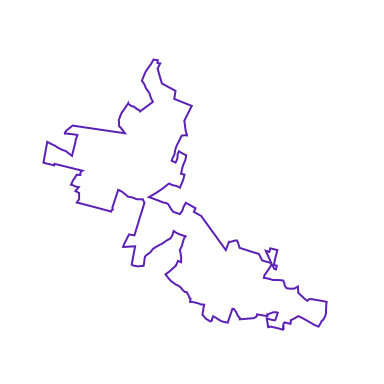 Sudzal, Yucatán, Mexico (orthographic projection), rotated 189°
{"feature_id": "50627088B33781638054164", "entity_name": "Sudzal", "entity_type": "district", "adm_level": 2, "iso_a3": "MEX", "parent_name": "Mexico", "parent_adm1": "Yucatán", "projection": "orthographic", "projection_center": [-88.879, 20.784], "detail": "fine", "context": "isolated", "style": "outline", "palette": "violet", "viewbox_px": 384, "rotation_deg": 189, "n_neighbors": 0, "source": "geoboundaries", "source_scale": "gbopen_adm2", "svg_char_len": 5973}
<svg xmlns="http://www.w3.org/2000/svg" viewBox="0 0 384 384"><g transform="rotate(189 192 192)"><path d="M224.1,289.3L238.6,294.4L240.9,299.0L245.3,308.6L243.5,314.0L245.3,313.9L246.3,314.0L246.5,316.9L248.9,316.7L250.7,316.8L252.6,311.7L253.6,309.9L256.5,303.8L257.1,301.8L258.6,295.6L258.9,294.0L257.6,292.8L255.8,290.7L253.9,287.5L250.1,283.6L249.0,282.1L248.4,280.6L247.0,278.0L244.7,274.9L255.6,263.8L255.8,263.5L256.1,263.9L256.8,264.3L257.4,264.9L258.6,265.0L260.0,265.5L260.2,265.8L260.5,266.2L260.8,266.4L261.7,266.5L262.8,267.4L263.3,267.3L263.6,267.2L264.7,267.3L266.4,267.9L266.8,268.3L268.2,268.9L268.6,268.8L268.9,268.9L269.0,269.3L269.4,268.2L269.9,267.5L270.5,266.3L270.6,265.7L271.5,264.2L271.7,263.5L272.4,262.1L272.8,261.2L273.4,260.2L273.8,259.4L274.1,258.4L274.5,256.9L274.5,256.6L274.7,256.1L274.7,255.8L274.9,255.0L275.1,253.8L275.6,251.5L274.9,249.6L274.9,249.0L274.8,248.2L274.5,246.6L274.4,245.7L274.2,245.5L273.8,245.1L272.8,244.7L270.3,242.3L269.0,241.1L267.4,239.5L320.4,238.9L325.8,232.9L326.9,230.4L326.7,229.8L326.1,230.0L320.8,230.3L318.0,230.4L314.1,230.4L314.3,228.9L314.9,226.2L315.0,225.3L315.0,222.3L315.5,217.4L315.5,216.9L316.2,208.9L322.1,212.2L322.6,212.5L323.8,212.8L325.6,213.1L326.7,213.4L330.4,214.4L331.7,215.0L332.7,215.4L334.0,216.0L334.7,216.3L335.3,216.5L335.9,216.6L339.3,217.7L342.8,218.9L343.3,197.7L339.3,197.3L337.0,197.2L332.3,196.7L332.2,198.3L327.7,197.9L325.0,197.7L306.4,196.1L303.6,195.9L304.0,195.6L305.0,194.5L305.1,194.0L305.1,192.8L305.0,192.4L304.9,191.3L307.1,191.1L308.5,191.1L309.1,189.8L309.5,189.0L310.1,187.1L310.8,186.2L311.2,185.2L311.6,184.0L311.8,183.2L312.7,180.3L310.9,180.1L309.7,179.8L308.5,179.3L307.9,179.2L305.6,179.1L304.6,179.1L307.3,174.7L303.4,173.4L303.3,173.0L303.2,172.5L303.2,172.2L302.4,167.4L302.7,166.5L304.1,163.6L293.4,162.6L287.4,162.0L273.0,160.5L268.8,160.0L268.6,161.5L267.5,162.1L268.2,164.4L268.1,164.8L268.0,165.3L265.2,182.6L263.8,182.2L263.4,182.0L261.9,181.6L261.0,181.2L259.5,180.3L257.0,179.0L255.2,177.7L254.6,177.4L252.7,177.4L251.4,177.3L250.7,177.3L250.0,177.2L248.6,177.0L246.4,176.4L245.8,176.3L245.2,176.3L243.8,176.4L243.1,176.5L242.7,176.6L241.6,176.8L240.5,176.8L240.3,176.9L239.6,177.2L237.3,173.9L238.6,164.6L240.0,155.4L240.1,154.0L240.4,152.1L242.1,140.2L247.6,140.2L249.5,134.2L250.7,130.4L251.3,128.4L251.4,126.9L239.7,129.5L240.2,110.8L239.1,110.3L235.5,110.0L233.9,110.1L228.3,111.5L228.2,113.9L228.4,118.5L228.3,120.8L227.5,122.1L223.7,125.9L221.7,129.7L217.9,133.0L215.5,134.9L213.5,136.2L211.2,138.4L209.5,140.1L207.8,141.4L206.0,142.8L204.6,146.4L204.0,150.6L201.0,149.2L196.6,148.0L191.4,147.2L192.3,145.8L193.0,142.8L193.3,140.0L193.4,137.8L194.5,134.1L195.0,132.7L194.2,131.2L192.6,126.3L192.3,124.6L191.8,120.9L193.1,121.2L195.0,121.8L196.5,116.5L197.0,115.9L197.7,115.2L200.4,111.7L202.2,109.6L205.3,106.5L205.0,106.2L201.2,102.7L198.5,100.5L197.5,100.2L196.5,99.6L193.9,98.2L192.0,97.7L190.8,97.2L188.9,96.4L187.9,95.7L187.1,94.9L186.5,94.3L186.0,93.9L184.7,93.0L184.2,92.6L183.8,92.4L183.0,92.1L182.2,92.2L181.3,92.2L180.4,90.7L179.5,89.8L178.1,87.2L176.7,86.4L176.8,84.2L176.7,83.1L174.2,83.5L170.8,83.2L169.6,83.1L168.5,82.9L167.4,82.9L165.7,82.3L164.3,82.5L162.3,82.6L162.4,80.3L162.6,79.2L162.4,76.4L162.5,75.3L162.5,72.3L161.6,71.7L158.3,68.9L157.5,68.6L156.9,68.4L153.7,67.1L152.5,67.6L152.3,68.2L152.4,69.0L152.2,70.3L151.6,72.6L148.1,71.3L147.1,70.7L142.7,69.0L141.4,68.8L136.3,68.5L133.8,83.0L132.2,82.9L129.8,80.5L128.2,78.2L127.6,77.1L126.6,76.3L125.2,75.3L125.0,73.7L111.1,77.1L108.7,79.2L108.7,81.3L98.9,81.2L98.1,81.2L98.4,83.0L97.5,82.9L96.7,83.7L93.4,85.7L91.2,86.3L90.3,86.4L88.4,86.2L89.5,79.6L89.9,78.3L92.0,78.1L98.4,78.8L95.6,70.4L93.3,71.3L89.4,71.1L89.2,71.1L85.5,70.8L80.6,70.2L80.3,70.7L80.2,71.4L80.8,71.5L80.5,73.1L81.0,73.2L81.0,75.9L80.6,76.4L80.5,77.2L80.2,77.7L74.1,77.2L73.9,78.1L74.4,80.6L74.3,80.9L71.5,82.8L67.6,86.1L61.9,84.3L50.1,79.8L46.0,78.8L44.3,82.9L43.8,84.9L42.7,85.9L42.0,87.4L41.0,90.4L40.9,91.4L40.7,93.1L41.1,96.1L41.8,102.0L41.8,104.5L44.5,104.7L55.4,104.9L58.0,104.8L59.6,104.4L61.0,102.6L61.5,102.7L64.6,104.5L71.3,109.1L72.6,115.2L76.1,112.4L77.8,112.3L79.9,111.8L83.6,111.8L85.6,113.9L85.8,114.1L86.5,116.4L87.0,116.9L87.5,118.2L88.4,118.9L93.2,118.5L96.4,118.1L97.8,117.7L100.9,118.1L104.9,118.5L107.6,118.4L107.4,121.3L104.1,127.8L102.4,132.1L102.4,132.6L101.5,132.5L98.5,128.8L96.9,128.7L96.7,132.5L99.7,132.7L99.4,140.4L98.9,144.2L98.6,148.0L105.9,148.6L106.2,144.9L109.9,145.5L102.6,134.2L112.0,135.4L116.3,141.3L124.2,142.4L136.3,144.3L138.8,149.5L140.1,151.2L142.4,150.6L145.9,148.9L146.8,148.5L147.6,148.7L147.8,148.1L148.4,145.0L149.1,142.0L149.3,140.6L149.5,139.9L169.1,159.6L179.2,169.8L187.1,172.7L186.3,175.3L186.0,176.5L186.7,176.8L196.4,180.4L198.1,175.7L198.4,173.3L198.8,171.7L200.5,168.3L200.9,168.3L202.2,168.6L207.1,169.4L207.8,169.8L210.1,172.0L213.2,175.8L213.9,176.4L214.8,176.7L215.8,177.2L218.2,177.0L218.7,177.2L219.4,177.2L220.4,177.7L221.5,177.6L223.2,178.2L226.5,178.8L228.9,179.3L230.6,179.7L233.7,180.2L231.0,182.5L229.3,183.7L223.7,188.8L221.7,190.7L216.0,196.8L212.3,195.7L209.1,195.6L207.6,195.3L207.0,195.2L204.6,194.4L203.3,199.9L202.8,201.5L202.7,202.5L202.4,204.4L202.3,206.6L202.1,208.0L205.1,208.2L205.7,208.3L205.5,210.3L205.4,213.1L205.1,216.5L204.7,218.3L204.0,220.8L203.7,222.0L203.4,225.3L203.5,227.4L204.1,227.5L207.1,228.5L209.1,229.2L211.3,230.3L211.7,228.7L212.0,227.8L212.1,227.2L212.1,226.7L211.7,224.3L211.8,222.7L211.9,221.9L212.1,221.2L212.3,220.3L212.5,219.5L212.9,218.5L216.9,219.6L216.7,220.3L216.8,220.9L216.4,222.8L215.5,225.3L215.3,226.2L215.3,226.5L215.2,227.5L215.2,228.3L215.1,231.4L214.7,233.9L214.4,235.1L214.2,236.0L214.0,236.5L213.4,238.4L213.1,239.3L211.1,246.0L210.7,246.2L209.4,246.5L208.0,247.0L207.3,247.0L207.0,247.0L205.8,247.1L206.1,248.0L207.5,250.7L208.1,252.5L208.7,254.3L210.4,260.2L210.8,261.0L205.7,277.0L224.1,281.2L224.1,286.3L224.1,289.3Z" fill="none" stroke="#5b21b6" stroke-width="2"/></g></svg>